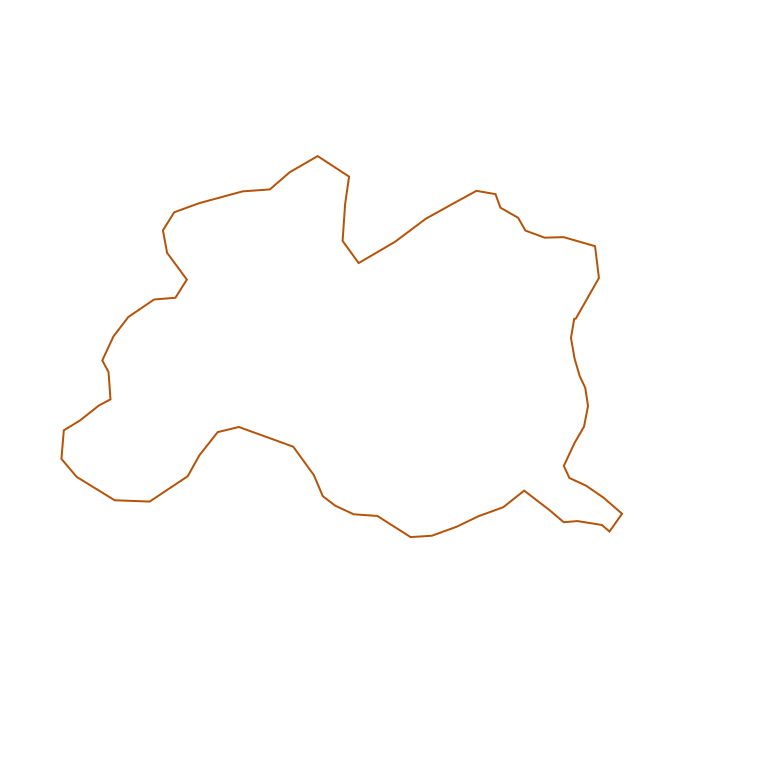 Changnyeong-gun, South Gyeongsang, South Korea, rotated 115°
{"feature_id": "91817680B39611758954351", "entity_name": "Changnyeong-gun", "entity_type": "district", "adm_level": 2, "iso_a3": "KOR", "parent_name": "South Korea", "parent_adm1": "South Gyeongsang", "projection": "mercator", "projection_center": [128.494, 35.525], "detail": "fine", "context": "isolated", "style": "outline", "palette": "amber", "viewbox_px": 768, "rotation_deg": 115, "n_neighbors": 0, "source": "geoboundaries", "source_scale": "gbopen_adm2", "svg_char_len": 1114}
<svg xmlns="http://www.w3.org/2000/svg" viewBox="0 0 768 768"><g transform="rotate(115 384 384)"><path d="M422.4,117.3L401.0,113.4L394.2,137.2L390.8,157.6L390.8,176.2L382.3,186.4L356.8,186.4L338.1,184.7L317.7,189.8L302.4,200.0L293.9,210.2L280.3,222.1L263.3,234.0L248.1,238.2L244.6,239.1L243.6,237.8L197.1,234.0L169.9,251.0L175.0,283.3L183.5,300.3L185.2,320.7L176.7,332.6L175.0,353.0L164.8,363.2L169.9,381.9L195.4,400.6L207.7,409.5L216.1,415.7L250.6,434.2L285.1,458.1L271.8,482.0L237.3,495.3L210.8,503.3L205.5,540.5L232.0,559.0L255.9,569.7L269.2,593.6L292.7,621.4L298.4,628.1L317.0,646.7L338.2,649.3L356.8,636.0L372.7,606.8L394.0,609.5L404.6,628.1L431.2,644.0L455.1,649.3L481.6,649.3L483.9,646.3L489.6,638.7L513.5,625.4L524.1,633.4L545.3,644.0L561.3,654.6L588.2,644.7L598.1,623.2L603.2,579.0L589.6,546.7L550.5,522.9L526.7,521.2L497.9,514.4L484.3,497.4L479.2,439.7L496.2,409.1L511.5,392.1L514.9,376.8L514.9,356.4L506.4,334.3L511.5,295.2L501.3,276.5L482.6,257.8L463.9,242.5L445.2,223.8L421.4,211.9L428.2,181.3L433.3,162.7L426.5,150.8L419.7,127.0L422.4,117.3Z" fill="none" stroke="#b45309" stroke-width="2"/></g></svg>